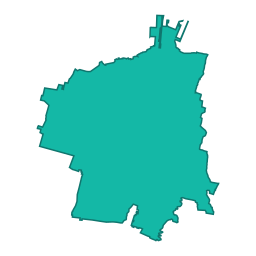 outline of Kota Probolinggo, Jawa Timur, Indonesia
{"feature_id": "22746128B48742890195125", "entity_name": "Kota Probolinggo", "entity_type": "district", "adm_level": 2, "iso_a3": "IDN", "parent_name": "Indonesia", "parent_adm1": "Jawa Timur", "projection": "mercator", "projection_center": [113.213, -7.771], "detail": "fine", "context": "isolated", "style": "filled", "palette": "teal", "viewbox_px": 256, "rotation_deg": 0, "n_neighbors": 0, "source": "geoboundaries", "source_scale": "gbopen_adm2", "svg_char_len": 5835}
<svg xmlns="http://www.w3.org/2000/svg" viewBox="0 0 256 256"><path d="M207.8,54.8L206.7,54.2L203.5,53.9L202.4,53.5L198.7,52.9L196.7,52.2L196.4,53.1L194.4,52.8L191.7,52.9L190.6,53.3L184.0,53.3L180.9,52.0L179.5,50.9L179.7,49.8L179.3,49.5L178.6,49.4L178.4,48.8L177.5,48.0L176.9,48.1L175.9,47.0L175.9,45.3L175.6,43.8L174.7,41.2L175.3,39.5L179.9,41.5L188.2,21.5L188.0,21.4L180.5,39.2L175.9,37.2L180.9,25.2L180.3,24.9L179.7,26.4L178.5,25.8L179.2,23.6L178.5,23.4L179.2,21.7L182.5,21.1L182.7,20.7L179.1,21.5L175.7,29.7L168.2,26.7L167.0,25.2L167.2,22.7L168.4,22.7L168.7,20.5L168.0,20.4L168.0,20.2L167.0,20.2L166.4,26.4L166.2,26.5L163.6,26.3L162.8,26.1L162.2,25.6L162.6,20.7L163.6,15.6L163.3,15.6L162.4,20.6L160.5,41.0L160.3,43.3L160.6,43.6L160.7,44.3L160.4,47.9L159.1,47.7L159.5,43.7L159.8,43.4L159.9,41.5L158.7,41.3L158.8,40.1L160.0,40.1L160.2,39.6L160.4,38.7L159.3,38.6L160.2,28.4L160.3,28.1L161.4,27.1L162.0,20.5L162.0,15.6L156.9,15.4L156.5,27.4L156.3,27.6L150.5,27.4L150.3,27.5L150.0,36.8L150.3,36.5L155.4,36.7L154.6,45.9L153.8,46.0L153.4,45.8L153.0,46.4L152.6,46.6L151.6,46.7L150.6,47.0L150.6,48.4L147.4,49.6L147.6,49.9L147.0,50.3L146.0,51.7L142.6,52.2L142.5,52.6L140.9,53.0L139.9,53.6L139.8,53.8L138.7,54.1L138.6,54.5L137.8,54.7L137.3,55.0L137.1,55.4L137.7,56.5L136.5,56.2L135.2,56.5L134.5,56.5L133.2,57.1L133.2,58.7L130.9,59.5L130.7,58.7L128.6,59.0L128.4,58.1L127.2,58.3L126.5,58.9L125.5,58.4L123.7,58.0L122.5,58.2L122.7,58.7L119.3,59.0L119.1,58.1L118.4,58.1L118.4,59.1L117.2,59.4L116.7,58.9L114.9,59.7L115.0,61.3L113.8,62.6L105.8,64.2L105.7,65.2L104.6,64.9L102.5,63.0L101.7,61.5L99.6,62.5L99.2,65.3L98.6,65.8L90.5,71.5L88.2,71.6L86.3,71.4L79.8,69.6L77.4,70.7L75.3,69.1L73.9,71.8L73.1,74.2L70.3,78.3L69.4,78.9L67.9,83.1L65.0,82.5L63.4,88.5L63.4,89.4L61.9,89.0L62.7,85.4L58.9,84.6L56.9,89.9L44.7,88.0L43.5,93.3L42.8,95.7L41.7,95.5L40.6,100.1L44.3,100.9L48.9,105.3L45.9,115.9L46.1,116.2L46.2,116.6L45.7,119.1L46.1,119.9L42.6,127.1L38.4,125.8L37.7,127.1L37.4,128.5L40.9,129.3L40.1,132.6L41.0,133.0L41.8,133.6L43.1,134.1L39.6,146.3L73.9,155.8L69.5,167.5L70.3,167.8L70.8,168.4L72.9,169.6L74.2,169.9L78.6,171.4L79.0,169.8L81.3,170.2L81.0,171.9L82.1,172.2L81.5,174.0L82.6,174.3L82.5,174.9L81.7,177.0L79.1,187.8L77.3,194.5L77.0,201.4L75.6,205.7L73.3,209.7L72.7,211.3L72.4,211.3L71.8,213.0L71.9,213.7L71.7,214.7L71.7,215.0L72.5,215.1L72.4,217.1L80.2,218.0L79.8,220.0L82.0,220.2L82.2,218.9L92.4,220.0L100.6,221.3L106.3,222.1L112.9,221.9L116.5,222.2L120.5,222.9L122.3,222.9L123.9,220.7L124.6,220.2L125.9,219.8L126.3,219.3L126.4,216.8L127.0,215.1L126.9,214.1L127.0,213.5L128.7,211.7L128.9,211.1L128.9,209.4L129.2,208.7L129.5,208.6L131.2,206.9L133.3,204.2L133.7,204.3L137.5,205.8L137.1,209.4L138.2,209.8L138.4,210.8L137.9,211.9L136.6,211.4L136.3,212.5L137.0,212.8L137.6,212.2L138.2,212.6L137.9,213.8L136.6,213.4L136.2,214.8L135.3,214.5L134.9,215.8L134.3,215.7L132.9,220.2L133.8,220.4L133.5,221.6L132.5,221.3L131.3,225.4L132.4,225.8L132.1,226.6L133.7,227.3L134.0,226.4L136.9,227.3L136.8,227.8L137.0,228.0L138.8,228.4L139.0,227.7L141.0,228.2L142.5,228.9L140.4,232.8L147.8,236.1L149.7,236.6L149.7,237.7L151.3,238.6L154.9,240.0L155.9,240.6L156.9,239.5L157.3,239.6L158.0,240.4L158.7,240.6L159.6,240.1L160.7,239.9L161.0,239.7L161.0,239.4L160.8,238.7L160.1,237.9L158.7,237.0L158.4,236.6L158.2,236.2L158.4,235.7L158.6,235.6L160.6,236.0L161.0,235.8L161.0,235.4L159.1,234.3L158.7,233.9L158.7,233.5L159.0,233.1L159.6,233.0L160.9,233.1L161.8,232.9L162.7,232.2L162.6,231.9L160.3,230.9L159.9,230.2L160.1,229.9L162.1,228.4L162.6,227.8L162.8,227.3L163.2,225.4L163.6,224.8L167.1,220.8L169.1,219.7L170.2,219.8L170.7,219.4L171.7,219.1L172.5,219.7L172.7,221.0L173.2,221.4L175.7,222.1L176.5,222.6L177.3,222.5L178.0,221.9L177.6,221.4L178.0,218.5L177.8,217.4L177.2,216.5L176.9,215.6L176.5,215.3L175.4,214.9L174.6,214.9L174.1,214.6L173.6,213.9L173.6,212.9L173.2,212.4L173.2,211.7L174.1,210.8L175.2,210.3L175.4,210.1L175.8,208.8L176.5,208.6L177.1,209.2L177.7,208.8L177.7,208.3L177.2,207.3L177.4,206.7L180.0,206.5L181.3,205.3L181.8,203.9L181.8,203.2L180.2,201.8L180.1,201.3L180.2,200.9L181.4,200.9L181.8,200.6L181.9,199.7L181.8,199.1L181.0,198.7L181.0,198.4L181.1,198.0L181.6,197.7L182.1,197.6L183.0,197.7L185.7,198.7L192.0,199.9L195.2,200.7L195.5,202.1L197.2,202.9L197.1,203.7L197.2,204.2L197.7,204.6L197.7,204.9L197.3,206.1L198.0,210.0L205.3,210.4L206.1,211.8L206.2,213.1L213.3,214.3L213.7,211.9L212.7,210.5L212.7,210.0L212.1,208.2L212.2,207.4L211.2,206.9L210.9,206.4L210.8,205.5L210.1,204.3L208.7,203.5L209.5,200.7L209.4,199.4L206.5,194.7L206.9,192.9L206.6,190.7L207.5,190.3L209.3,190.5L209.7,191.7L209.6,193.2L213.4,194.4L214.5,191.3L215.5,190.0L215.1,189.6L215.2,189.3L215.9,188.7L216.7,187.2L216.8,186.7L218.5,183.9L218.6,183.4L217.6,183.4L211.6,182.3L210.3,181.7L210.4,181.2L209.9,180.4L209.9,179.8L208.6,177.8L208.0,176.6L207.9,175.5L206.8,173.0L206.3,170.2L206.8,168.1L206.7,166.2L207.0,164.7L206.9,163.0L207.2,161.9L207.4,158.8L207.7,156.9L207.4,155.8L207.6,155.7L207.6,155.3L206.6,152.7L207.1,151.9L206.7,151.5L204.0,150.8L202.4,150.0L201.4,149.9L199.6,149.3L199.5,149.0L199.8,146.9L200.3,144.6L200.8,144.2L201.0,143.5L201.8,142.8L202.1,139.7L203.0,137.0L203.5,136.5L204.8,136.0L205.5,135.2L206.4,132.6L205.4,130.5L202.1,127.7L200.3,126.0L201.4,122.5L202.0,118.4L201.0,117.9L200.8,117.1L200.6,117.1L201.6,113.7L203.3,112.7L204.7,112.1L205.1,111.0L204.7,110.5L205.4,108.2L201.8,106.8L202.5,101.0L200.6,100.5L200.7,100.3L199.9,99.7L200.1,98.2L200.4,97.6L201.1,95.4L201.1,94.4L196.7,92.8L195.3,92.8L195.7,91.3L195.3,91.0L196.6,87.1L196.7,85.8L197.4,85.2L197.7,84.4L197.6,83.3L198.2,82.3L199.0,80.0L199.3,79.0L200.0,79.3L200.3,77.7L200.7,77.4L200.9,77.4L201.3,76.9L201.8,75.9L202.3,75.6L203.6,73.8L203.2,71.7L203.3,71.1L203.8,69.8L204.3,67.9L204.6,65.2L205.4,63.0L205.5,60.7L206.4,57.1L206.8,56.7L207.8,54.8Z" fill="#14b8a6" stroke="#0f766e" stroke-width="1.5"/></svg>